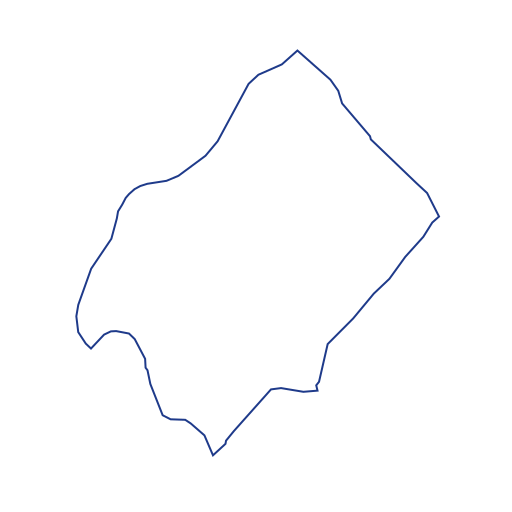 Patzité, Quiché, Guatemala (orthographic projection), rotated 312°
{"feature_id": "79465075B43387572026262", "entity_name": "Patzité", "entity_type": "district", "adm_level": 2, "iso_a3": "GTM", "parent_name": "Guatemala", "parent_adm1": "Quiché", "projection": "orthographic", "projection_center": [-91.205, 14.971], "detail": "fine", "context": "isolated", "style": "outline", "palette": "blue", "viewbox_px": 512, "rotation_deg": 312, "n_neighbors": 0, "source": "geoboundaries", "source_scale": "gbopen_adm2", "svg_char_len": 906}
<svg xmlns="http://www.w3.org/2000/svg" viewBox="0 0 512 512"><g transform="rotate(312 256 256)"><path d="M407.8,365.6L417.3,341.0L417.5,326.3L419.5,263.3L421.3,260.6L427.0,217.9L433.8,206.6L436.8,193.4L436.4,149.3L415.7,147.0L392.3,136.5L379.0,135.3L315.6,150.7L296.7,151.4L263.7,144.7L252.0,139.2L236.9,126.9L230.6,123.2L224.4,121.0L217.0,120.2L212.0,120.3L204.6,122.2L196.9,123.6L190.7,127.5L172.0,137.0L136.3,142.0L100.8,156.6L91.0,162.8L80.5,174.8L77.0,188.1L76.8,195.3L95.9,195.7L102.9,198.6L106.6,202.3L113.4,213.5L113.1,221.5L105.4,242.4L99.1,248.7L98.5,251.8L90.2,263.1L75.2,293.2L77.5,301.8L86.9,313.0L87.9,319.5L88.2,337.7L79.1,357.4L96.0,359.0L98.7,357.3L111.1,356.7L166.9,356.4L174.6,363.0L186.8,382.1L197.1,391.8L200.2,387.3L204.7,387.0L238.5,368.2L274.6,370.0L306.9,368.7L328.3,370.4L355.2,367.5L382.2,367.5L398.8,364.6L407.8,365.6Z" fill="none" stroke="#1e3a8a" stroke-width="2"/></g></svg>